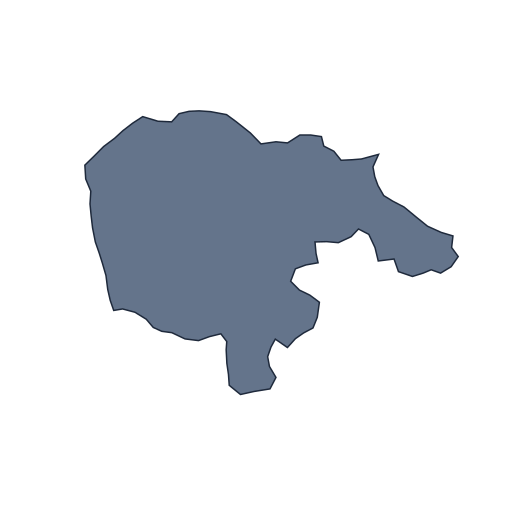 São Joaquim de Bicas, Minas Gerais, Brazil (orthographic projection), rotated 109°
{"feature_id": "56859067B78639021330864", "entity_name": "São Joaquim de Bicas", "entity_type": "district", "adm_level": 2, "iso_a3": "BRA", "parent_name": "Brazil", "parent_adm1": "Minas Gerais", "projection": "orthographic", "projection_center": [-44.248, -20.062], "detail": "fine", "context": "isolated", "style": "filled", "palette": "slate", "viewbox_px": 512, "rotation_deg": 109, "n_neighbors": 0, "source": "geoboundaries", "source_scale": "gbopen_adm2", "svg_char_len": 1410}
<svg xmlns="http://www.w3.org/2000/svg" viewBox="0 0 512 512"><g transform="rotate(109 256 256)"><path d="M172.9,76.3L173.4,88.6L172.0,103.5L167.4,116.2L161.5,132.0L159.6,144.7L157.3,154.9L149.7,163.6L142.4,169.5L133.7,174.4L120.0,173.2L130.0,188.0L133.7,196.5L137.8,206.7L131.6,216.5L130.0,227.7L121.8,233.0L123.8,243.7L127.3,253.9L138.8,263.0L141.5,274.3L148.4,287.8L141.5,301.4L135.5,318.4L131.9,329.9L134.3,346.0L137.3,357.1L141.0,366.4L146.5,375.1L156.6,379.4L160.5,392.6L161.1,408.5L170.6,415.9L180.6,422.5L190.7,428.0L202.1,435.7L214.3,441.6L225.8,447.4L238.6,442.1L248.5,433.3L260.8,429.9L271.8,424.9L282.6,419.7L295.0,412.5L304.4,405.1L312.8,398.9L323.3,391.5L335.9,385.3L345.4,379.4L353.8,372.8L349.5,364.9L348.6,352.2L351.5,339.2L357.0,329.9L357.9,320.6L355.9,310.6L357.5,296.1L354.7,282.8L347.4,273.8L341.0,263.9L346.4,255.8L354.3,253.7L367.0,248.6L376.9,243.5L387.0,239.2L392.0,225.6L384.7,213.7L377.1,199.5L364.3,197.6L356.1,207.3L347.4,212.2L337.3,212.2L328.3,210.7L332.3,196.5L321.3,191.8L313.2,185.9L305.5,178.7L294.0,178.1L279.1,181.0L275.5,192.3L274.1,203.8L268.6,215.0L255.3,214.6L248.2,205.9L242.2,195.1L234.0,200.1L223.5,204.8L219.4,193.8L216.6,182.5L206.7,172.3L197.1,167.9L198.8,156.4L209.3,146.2L220.9,138.8L213.9,124.5L224.4,116.2L224.4,101.4L217.7,92.3L212.0,85.9L212.1,75.9L202.6,68.0L190.7,64.6L184.3,73.8L172.9,76.3Z" fill="#64748b" stroke="#1e293b" stroke-width="1.5"/></g></svg>